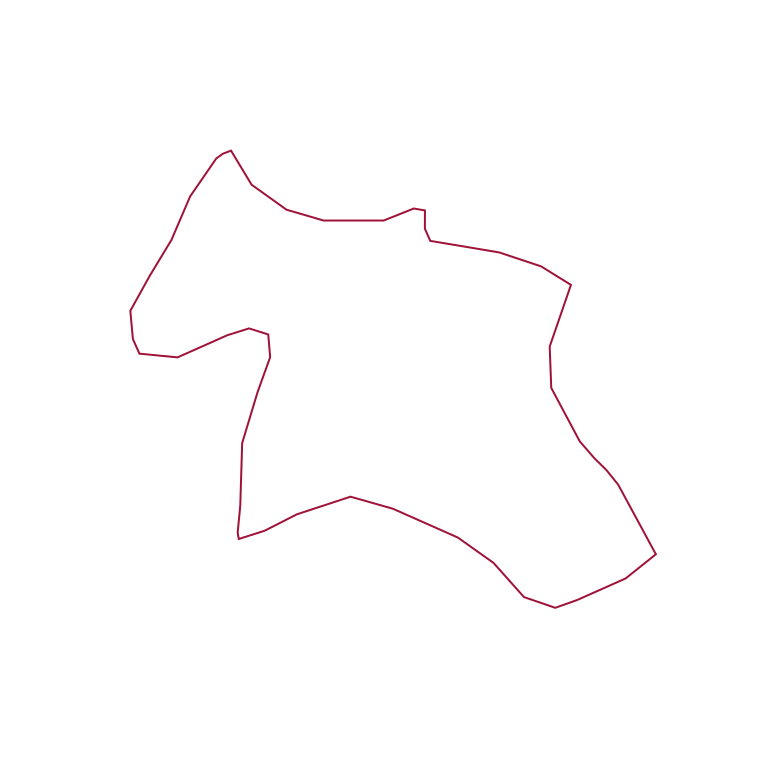 the Unitary District of North Ayshire, rotated 156°
{"feature_id": "GBR-2006", "entity_name": "North Ayshire", "entity_type": "Unitary District", "adm_level": 1, "iso_a3": "GBR", "parent_name": "United Kingdom", "parent_adm1": "", "projection": "mercator", "projection_center": [-4.697, 55.716], "detail": "fine", "context": "isolated", "style": "outline", "palette": "rose", "viewbox_px": 768, "rotation_deg": 156, "n_neighbors": 0, "source": "natural_earth", "source_scale": "10m", "svg_char_len": 814}
<svg xmlns="http://www.w3.org/2000/svg" viewBox="0 0 768 768"><g transform="rotate(156 384 384)"><path d="M428.8,659.4L428.6,657.5L423.9,619.9L402.2,582.9L372.7,557.9L317.9,533.5L285.4,532.2L276.0,525.9L283.5,509.2L283.5,495.9L225.2,457.3L192.6,427.5L172.9,398.5L217.4,350.8L232.8,312.4L228.5,252.0L222.0,230.6L215.9,215.2L211.0,196.7L205.0,119.3L204.8,117.9L207.1,117.3L242.3,108.1L295.3,108.1L318.6,109.9L342.8,132.4L356.7,176.0L379.0,213.7L426.7,266.5L460.5,294.7L516.7,300.4L552.8,298.5L579.7,301.5L578.2,307.5L578.1,307.8L564.8,331.3L537.6,387.7L502.8,428.0L477.1,454.8L469.6,476.3L484.7,489.7L507.4,492.3L537.6,492.3L561.8,492.3L595.1,511.2L595.1,527.2L586.0,554.0L554.2,578.0L519.5,602.1L513.6,607.6L484.7,634.3L445.4,658.3L437.6,659.9L428.8,659.4Z" fill="none" stroke="#9f1239" stroke-width="2"/></g></svg>